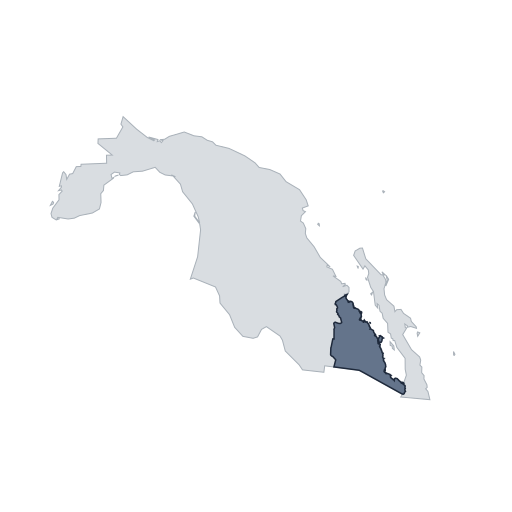 Mexico, with Sonora highlighted, rotated 188°
{"feature_id": "MEX-2712", "entity_name": "Sonora", "entity_type": "State", "adm_level": 1, "iso_a3": "MEX", "parent_name": "Mexico", "parent_adm1": "", "projection": "albers", "projection_center": [-111.078, 29.368], "detail": "fine", "context": "in_parent", "style": "filled", "palette": "slate", "viewbox_px": 512, "rotation_deg": 188, "n_neighbors": 0, "source": "natural_earth", "source_scale": "10m", "svg_char_len": 9247}
<svg xmlns="http://www.w3.org/2000/svg" viewBox="0 0 512 512"><g transform="rotate(188 256 256)"><path d="M63.8,137.9L93.1,136.5L91.7,139.5L137.9,157.3L172.7,156.8L172.6,150.3L194.1,149.7L198.1,154.2L213.8,166.0L218.1,176.3L221.1,180.1L235.9,187.5L240.3,184.1L243.2,176.1L247.4,174.1L257.8,174.6L267.2,182.4L274.0,194.2L285.1,204.4L286.5,211.4L291.8,219.7L315.0,225.5L317.8,223.9L313.7,247.1L314.5,274.2L316.2,279.8L323.1,286.8L322.3,291.1L322.2,286.9L316.4,281.0L318.7,286.8L326.2,298.7L337.6,309.4L340.8,316.6L348.8,323.3L346.8,323.3L351.1,324.6L349.7,323.7L357.2,323.6L362.9,325.5L368.2,329.8L380.2,324.2L389.2,322.3L394.9,318.4L401.2,316.8L402.6,317.7L402.4,319.3L407.8,319.4L410.9,316.5L409.4,312.8L407.8,314.0L408.1,313.1L416.5,305.0L416.2,299.6L418.4,296.1L416.9,287.5L417.6,280.8L424.0,275.8L436.2,271.5L441.2,268.2L447.2,266.5L457.7,266.7L458.2,265.1L455.6,265.6L458.8,263.9L463.4,265.9L464.9,269.5L463.9,275.1L458.9,284.2L459.7,289.4L457.0,293.2L457.8,294.3L460.7,293.2L458.2,297.1L458.5,298.4L460.5,297.6L459.1,311.4L458.2,312.7L455.5,310.2L454.1,305.5L452.0,311.1L449.0,312.1L446.4,319.5L441.9,320.3L442.0,322.5L416.8,327.1L418.1,335.0L412.4,335.9L428.2,345.5L428.6,350.0L410.6,353.2L405.8,365.3L408.1,367.8L407.0,375.5L391.9,365.0L380.1,358.2L373.2,355.9L372.6,356.8L378.9,358.9L369.3,357.7L369.7,355.5L367.3,356.7L365.5,355.1L364.1,357.3L367.4,357.8L362.7,358.9L358.5,362.4L344.3,368.8L334.3,366.4L326.2,366.5L320.4,363.8L314.9,363.0L311.1,360.1L297.8,358.8L281.0,353.6L269.9,348.1L265.2,344.1L254.2,343.5L243.6,340.5L236.6,333.8L222.1,327.7L214.1,318.6L211.3,312.9L216.8,309.9L215.7,307.5L213.2,306.8L216.7,302.2L216.8,296.8L213.7,295.2L210.5,290.0L210.3,285.2L208.2,281.0L199.7,273.2L192.2,263.6L181.0,255.5L184.2,257.0L184.4,255.1L178.5,253.5L174.0,246.9L177.0,247.0L168.5,242.6L167.3,240.4L164.1,241.3L163.6,240.3L165.9,237.6L161.9,239.7L159.5,237.8L158.9,233.5L161.7,229.5L162.8,230.2L160.7,226.2L158.0,223.7L154.5,223.9L152.0,218.4L147.7,217.3L145.1,215.0L143.3,210.2L144.4,207.2L136.9,205.7L123.8,190.5L123.0,186.9L121.1,185.7L112.9,166.8L112.2,161.0L113.1,159.2L106.1,156.6L104.5,153.5L102.2,152.4L99.7,154.1L90.2,148.2L91.9,151.9L90.5,158.9L92.5,164.6L94.1,175.4L103.8,185.1L106.9,191.6L108.4,191.3L109.1,193.2L110.6,193.5L111.9,197.6L114.7,198.9L116.3,207.6L121.4,212.0L123.1,216.9L125.5,218.5L127.3,224.3L129.4,225.7L128.2,221.4L131.1,223.9L134.7,237.1L138.0,240.9L142.6,250.4L141.9,254.4L142.9,257.9L146.8,261.4L148.2,257.9L159.4,270.2L158.5,274.8L154.2,278.2L151.7,278.7L146.9,268.5L129.5,254.8L127.9,255.0L124.4,250.7L123.7,247.8L124.7,241.4L123.2,235.3L120.6,230.9L112.4,225.5L110.7,220.2L109.2,222.4L105.0,223.3L101.9,219.7L94.3,215.9L93.1,212.8L87.5,208.2L87.0,206.7L92.9,207.7L96.4,206.5L96.3,207.9L99.2,209.4L98.2,205.9L96.8,205.6L99.8,198.6L89.0,184.9L79.9,178.8L78.4,175.8L78.5,170.8L76.3,169.1L75.7,163.5L72.9,160.9L72.6,157.6L68.8,152.2L68.2,149.7L69.5,148.1L66.9,145.8L63.8,137.9ZM123.2,190.7L122.3,194.1L119.3,192.9L120.5,187.8L122.2,187.3L123.2,190.7ZM111.3,189.8L107.0,186.1L106.0,182.2L108.1,183.5L108.6,185.6L110.7,186.2L111.3,189.8ZM465.2,281.8L463.9,281.0L464.1,279.3L466.7,277.5L465.2,281.8ZM124.5,255.0L121.4,251.4L123.3,244.3L122.8,250.7L124.5,255.0ZM85.4,203.3L83.1,202.7L84.7,199.0L85.7,201.9L85.4,203.3ZM47.1,188.9L45.3,186.3L45.8,185.2L46.5,185.4L47.1,188.9ZM127.2,255.1L129.1,257.9L125.1,255.1L127.2,255.1ZM199.3,295.9L198.9,297.1L197.9,296.7L197.4,294.7L199.3,295.9ZM143.7,247.9L144.5,250.0L142.4,247.3L143.7,247.9ZM136.1,233.5L137.2,234.5L135.5,236.4L136.1,233.5ZM139.7,338.0L138.9,338.3L137.6,337.5L138.7,336.3L139.7,338.0ZM405.6,316.1L403.4,317.0L407.0,315.2L405.6,316.1ZM154.4,260.1L153.3,259.9L153.1,257.8L154.4,260.1Z" fill="#d9dde1" stroke="#a8b0b8" stroke-width="1"/><path d="M91.9,139.6L132.2,155.1L137.6,157.1L138.3,157.2L163.4,157.0L162.6,164.2L162.7,164.4L165.7,166.9L166.1,167.2L167.0,167.4L167.6,167.8L168.2,168.3L168.4,168.7L169.1,175.5L168.9,176.3L168.4,184.6L168.1,184.7L167.2,184.7L168.4,193.6L168.6,194.2L168.2,195.8L168.2,196.2L169.5,199.7L169.6,200.3L168.6,201.4L168.4,201.5L165.3,200.8L164.1,200.8L163.2,200.9L162.9,201.0L162.2,201.7L162.0,201.9L161.9,202.2L163.7,206.5L165.1,207.3L165.3,207.6L165.4,208.2L165.6,208.5L167.0,209.6L166.8,210.0L166.8,210.4L167.4,211.0L168.2,211.6L168.4,211.8L168.5,212.3L168.3,213.7L168.6,214.4L168.7,214.8L168.6,215.1L168.1,215.7L168.1,216.1L168.1,216.4L168.4,217.0L169.6,218.7L169.9,219.0L170.6,218.9L171.0,219.6L170.6,221.0L170.6,222.0L165.5,226.5L162.6,228.8L162.5,229.1L162.3,228.6L161.9,228.4L162.1,228.7L161.6,228.6L161.2,229.1L161.0,228.9L161.2,227.8L161.0,226.7L160.2,225.7L159.6,225.3L159.2,224.7L158.8,224.4L158.1,224.2L158.7,224.2L158.5,223.9L158.5,223.6L158.1,223.6L158.0,223.2L157.7,223.4L157.6,223.2L157.4,223.1L157.1,223.5L157.5,223.7L157.5,223.8L157.5,224.0L157.9,224.2L157.8,224.3L157.4,224.1L156.4,223.9L155.9,224.0L155.7,224.1L155.7,224.3L155.3,224.2L154.3,223.8L153.5,223.0L153.2,222.5L153.0,221.4L152.8,221.1L152.5,220.5L152.0,219.6L152.5,220.2L152.8,220.4L152.5,219.6L152.3,218.7L151.9,218.2L151.5,217.9L151.1,217.9L150.8,218.0L150.5,218.4L150.1,218.1L147.6,217.5L146.9,217.2L146.1,216.1L145.5,215.7L145.3,215.6L144.8,215.4L144.6,215.5L144.5,215.3L145.6,215.4L145.8,215.3L145.2,214.7L145.2,214.2L144.8,214.0L144.4,214.3L144.2,214.2L144.1,213.4L143.7,213.2L143.7,212.3L143.2,210.9L143.2,210.4L143.3,210.2L143.8,210.0L143.9,209.8L143.9,209.6L143.6,209.6L143.5,209.8L143.6,209.3L143.7,209.2L144.1,209.1L144.2,208.9L143.8,208.9L143.5,208.8L143.5,208.6L143.7,208.2L143.4,208.1L143.3,207.9L143.6,207.9L143.7,207.6L144.5,207.5L144.7,207.3L144.6,207.1L144.4,207.2L143.6,206.9L143.3,206.9L143.5,207.0L143.4,207.1L143.2,207.1L142.6,206.7L141.7,206.5L140.8,206.5L140.3,206.6L140.9,206.3L140.7,206.0L140.6,205.5L140.5,205.4L140.3,205.4L140.3,205.5L140.2,206.2L139.8,206.7L140.0,206.7L140.2,206.8L140.1,207.2L139.9,207.6L139.5,207.0L139.1,206.9L138.9,206.6L139.2,206.4L138.7,205.9L138.4,205.8L137.9,205.9L137.7,206.1L137.1,206.2L137.2,205.9L136.9,205.7L136.6,205.5L136.2,205.4L135.6,204.6L135.2,204.5L135.1,204.2L134.8,203.9L134.6,203.4L134.2,202.9L134.1,202.3L134.0,202.1L133.7,202.1L133.4,201.3L132.8,200.8L132.7,200.5L132.6,200.2L132.8,199.9L132.9,199.6L132.4,199.7L131.0,199.2L130.2,198.8L129.4,198.6L128.8,196.8L126.8,194.8L126.4,194.3L126.5,194.2L127.1,193.9L127.3,194.3L127.5,194.4L127.6,194.0L127.4,193.6L126.7,193.6L126.2,193.1L125.4,192.8L125.3,192.5L125.2,192.4L124.7,191.9L124.5,191.4L123.7,191.2L123.9,190.9L123.7,190.1L123.6,189.7L123.7,189.2L123.6,188.7L123.4,188.5L123.4,188.3L123.0,188.0L123.1,187.5L123.2,187.1L122.8,186.2L122.5,186.0L121.9,186.0L121.7,186.1L121.7,186.4L121.4,186.1L120.7,185.7L120.6,185.3L121.1,184.0L121.1,183.7L120.7,183.5L120.5,183.2L120.5,182.6L119.5,181.8L119.2,180.8L119.1,180.6L118.9,180.6L118.6,180.3L118.4,179.6L117.9,178.8L117.7,177.9L117.5,177.7L117.3,177.6L117.2,177.6L116.8,177.6L116.6,177.5L116.5,177.3L116.7,177.1L116.6,176.8L116.8,176.0L116.5,175.4L116.6,173.6L116.4,173.2L115.9,172.5L115.6,172.3L115.4,172.3L115.2,172.3L115.4,172.1L115.4,171.0L115.3,170.4L115.1,170.0L114.6,169.3L113.7,168.5L112.6,166.5L112.2,164.9L112.0,164.4L112.3,164.0L112.5,162.5L112.4,162.0L112.1,161.0L112.1,160.8L112.3,160.9L112.6,161.8L113.0,161.3L113.1,159.5L112.9,159.3L112.6,158.8L112.3,158.6L111.9,158.6L112.0,158.7L112.3,158.9L112.2,159.0L111.3,158.5L111.2,158.1L110.9,157.6L110.3,157.7L110.5,157.9L110.9,158.2L107.0,157.4L106.9,157.1L106.1,156.9L105.8,156.7L106.1,156.6L106.3,156.5L106.0,155.3L106.0,154.9L105.7,154.4L105.0,153.9L104.5,153.7L104.3,153.4L103.9,153.4L103.1,152.9L103.0,152.7L102.3,152.9L102.1,152.6L102.0,152.1L101.8,151.9L101.8,153.0L102.0,153.2L102.1,153.3L101.8,153.6L101.7,153.8L101.4,153.9L101.1,154.4L99.5,154.3L98.9,154.1L98.7,153.8L98.0,153.4L97.5,153.0L97.5,152.8L96.3,152.0L96.1,152.0L95.9,151.7L95.5,151.6L94.4,150.3L94.2,150.3L93.2,150.2L92.5,149.6L91.8,149.4L91.3,148.8L90.9,148.6L90.2,148.1L90.2,146.3L90.1,145.9L89.7,145.7L89.7,145.4L90.0,145.0L90.1,144.7L89.9,144.1L89.8,143.7L89.1,142.7L89.8,141.8L90.0,141.5L90.0,140.7L90.1,140.4L90.6,139.8L90.8,139.7L91.5,139.8L91.9,139.6ZM122.3,194.1L121.9,194.4L121.7,194.2L121.4,194.1L121.2,194.2L120.6,193.6L120.4,193.6L119.9,193.5L119.9,193.3L119.6,193.3L119.5,193.1L118.9,192.7L118.7,192.6L118.4,192.5L119.2,192.0L119.4,191.7L119.7,191.1L119.5,190.8L119.5,190.2L119.5,189.6L119.8,188.5L120.0,188.1L120.3,187.8L120.5,188.0L120.8,188.0L121.3,187.6L122.1,187.5L122.3,187.2L122.5,187.2L122.3,187.5L122.5,188.0L122.4,188.4L122.4,188.5L122.9,189.4L123.3,190.4L123.1,190.9L123.1,191.4L122.9,192.1L122.7,192.3L122.8,192.5L122.6,192.8L122.3,193.5L122.3,193.9L122.5,193.9L122.6,194.1L122.3,194.1ZM92.0,149.7L92.4,149.7L92.9,150.2L93.4,150.9L93.6,151.3L93.3,151.3L93.1,151.0L92.8,151.2L92.2,150.9L91.8,150.3L92.0,149.7ZM161.3,230.1L161.4,229.1L161.5,228.9L161.8,228.9L162.2,229.1L162.3,229.4L161.3,230.1ZM143.5,215.1L143.5,214.1L143.6,213.6L143.6,214.2L143.6,214.9L143.9,215.1L144.4,215.3L144.4,215.5L143.7,215.3L143.5,215.1ZM150.7,218.4L151.0,218.4L151.5,218.6L151.8,218.8L152.1,219.3L151.7,218.9L151.4,218.7L150.7,218.4ZM160.5,230.5L160.8,229.9L160.9,229.5L161.0,229.5L160.9,230.0L160.7,230.4L160.5,230.5ZM133.6,205.9L133.4,205.5L133.5,205.4L133.8,205.9L133.6,205.9Z" fill="#64748b" stroke="#1e293b" stroke-width="1.5"/></g></svg>